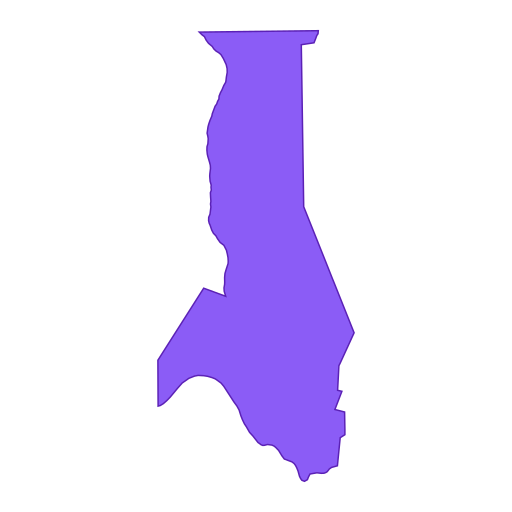 Caracol, Piauí, Brazil (Natural Earth projection)
{"feature_id": "56859067B86745951725371", "entity_name": "Caracol", "entity_type": "district", "adm_level": 2, "iso_a3": "BRA", "parent_name": "Brazil", "parent_adm1": "Piauí", "projection": "natural_earth1", "projection_center": [-43.383, -9.076], "detail": "fine", "context": "isolated", "style": "filled", "palette": "violet", "viewbox_px": 512, "rotation_deg": 0, "n_neighbors": 0, "source": "geoboundaries", "source_scale": "gbopen_adm2", "svg_char_len": 2035}
<svg xmlns="http://www.w3.org/2000/svg" viewBox="0 0 512 512"><path d="M199.3,32.1L202.0,34.8L204.4,36.6L206.2,40.2L208.5,43.3L212.2,46.4L213.9,49.0L216.1,51.1L218.6,52.6L220.9,54.5L223.4,58.6L226.2,64.6L227.1,68.6L227.2,72.5L226.4,76.9L226.0,80.4L225.7,82.2L223.8,85.5L222.0,89.8L220.5,92.6L219.1,96.1L218.9,99.0L217.6,101.3L216.7,104.0L215.1,106.2L212.3,113.7L211.8,116.2L210.0,120.4L208.7,124.2L208.0,126.9L207.1,133.2L207.8,136.1L208.2,138.7L207.9,143.7L207.0,146.7L206.9,150.2L207.3,154.2L207.9,156.7L209.5,162.1L210.3,165.2L210.5,168.4L209.9,173.4L209.7,176.1L210.1,181.2L211.2,185.1L211.0,187.2L211.3,190.1L210.4,192.7L210.6,197.2L210.9,201.3L210.5,204.0L210.9,207.0L210.0,214.2L208.7,217.3L208.6,220.6L209.2,223.2L210.1,225.2L211.7,230.0L213.5,233.4L215.9,235.8L217.5,238.7L220.1,242.4L223.9,245.3L226.4,250.2L227.3,253.9L228.0,257.6L228.2,261.1L228.1,263.5L226.2,269.3L225.0,273.4L224.6,277.6L224.7,282.2L224.6,284.4L224.0,287.9L224.2,291.3L225.7,296.3L203.7,288.2L164.0,350.6L157.9,360.2L158.0,383.6L158.1,406.1L160.3,405.5L163.4,403.6L166.7,400.7L170.3,397.0L177.6,388.2L182.2,383.0L188.9,378.3L194.5,376.1L198.1,375.4L203.8,375.7L207.6,376.3L212.1,377.6L215.3,378.9L221.0,383.0L223.8,386.3L233.9,401.9L236.9,406.0L239.1,410.0L240.9,415.8L242.4,419.6L244.4,423.8L246.4,426.8L249.6,432.4L253.0,436.1L258.0,442.5L259.6,443.6L261.0,444.7L262.7,445.4L264.4,445.3L267.5,444.5L272.0,445.1L274.1,446.1L275.6,447.3L278.6,450.4L281.9,455.8L284.3,459.0L292.0,461.9L294.1,463.5L295.5,465.4L296.7,467.7L298.0,470.9L299.5,476.3L300.7,478.7L301.9,480.3L304.5,481.3L307.4,479.7L308.4,477.1L310.0,474.0L316.9,472.8L319.6,473.1L321.4,473.3L324.0,473.2L325.7,472.6L327.2,471.7L329.4,468.9L331.6,467.4L337.4,465.8L340.2,437.7L344.9,434.7L344.9,429.9L344.6,412.0L334.9,409.5L341.9,391.3L337.6,390.3L338.9,365.7L340.1,363.3L354.1,332.8L349.0,320.0L344.4,308.5L334.2,283.0L332.6,279.1L325.5,261.2L303.7,206.7L301.3,44.7L314.0,42.8L315.6,38.8L316.8,35.5L318.0,33.8L318.3,30.7L199.3,32.1Z" fill="#8b5cf6" stroke="#5b21b6" stroke-width="1.5"/></svg>